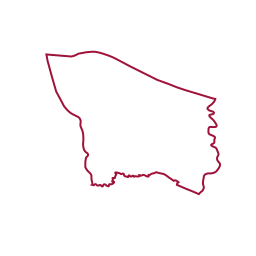 outline of Phu Tan, Cà Mau, Vietnam, rotated 106°
{"feature_id": "81297802B51702434363712", "entity_name": "Phu Tan", "entity_type": "district", "adm_level": 2, "iso_a3": "VNM", "parent_name": "Vietnam", "parent_adm1": "Cà Mau", "projection": "equal_earth", "projection_center": [104.939, 8.879], "detail": "fine", "context": "isolated", "style": "outline", "palette": "rose", "viewbox_px": 256, "rotation_deg": 106, "n_neighbors": 0, "source": "geoboundaries", "source_scale": "gbopen_adm2", "svg_char_len": 4843}
<svg xmlns="http://www.w3.org/2000/svg" viewBox="0 0 256 256"><g transform="rotate(106 128 128)"><path d="M167.4,39.0L166.7,38.9L165.2,38.6L163.9,38.8L163.1,39.3L160.9,40.6L158.6,41.2L155.9,41.4L154.1,41.7L153.1,41.7L152.3,41.5L151.6,41.2L151.2,40.9L150.7,40.3L150.0,39.3L149.5,38.3L148.7,35.5L147.4,33.1L146.2,31.8L145.4,31.2L143.6,30.4L140.8,29.5L139.6,29.3L138.7,29.3L137.4,29.6L136.9,29.9L136.4,30.5L135.6,31.7L134.8,32.7L134.1,33.4L132.9,34.0L132.0,34.1L130.9,34.1L129.0,33.7L128.1,33.8L127.4,34.2L125.0,36.0L123.7,37.1L123.1,37.7L122.9,38.1L122.7,38.7L122.5,40.0L122.3,41.6L122.1,42.5L121.9,42.9L121.6,43.3L121.3,43.4L121.0,43.3L120.2,42.7L119.5,41.8L118.9,41.3L118.5,41.1L118.1,41.1L117.7,41.1L116.5,41.5L115.4,41.8L114.3,41.7L113.4,41.7L112.9,41.9L112.6,42.2L112.4,42.6L112.2,43.5L112.1,44.0L111.9,45.0L111.7,47.5L111.4,48.3L111.1,48.7L110.5,49.2L109.7,49.6L107.7,50.1L106.4,50.4L105.2,50.2L104.7,49.9L104.4,49.4L104.1,48.5L103.7,46.6L103.1,44.7L102.7,43.9L102.3,43.6L102.0,43.4L101.5,43.4L100.9,43.6L100.3,44.0L98.6,45.9L97.1,47.8L96.6,48.6L95.7,50.5L94.9,52.0L94.2,53.0L93.6,53.2L93.1,53.3L92.9,53.1L92.5,52.6L91.6,50.8L91.2,50.1L90.8,49.7L90.2,49.6L89.6,49.6L89.2,50.0L88.9,50.6L88.8,51.6L88.8,53.8L88.7,54.8L88.5,55.4L88.2,56.0L87.8,56.7L87.4,57.0L87.0,57.0L86.5,56.9L85.7,56.7L84.9,56.2L83.9,55.4L82.1,54.0L79.9,52.9L78.3,52.3L76.8,52.1L76.0,52.1L76.2,55.1L75.8,83.4L75.4,92.2L74.6,100.1L73.7,113.1L70.9,128.2L68.1,143.3L64.6,159.8L64.1,163.0L63.7,167.0L63.4,174.5L63.5,177.3L63.8,180.5L64.4,183.0L66.7,189.0L70.1,195.9L73.4,199.6L74.9,202.2L79.8,226.7L85.3,224.0L99.0,215.7L112.7,207.1L123.2,196.9L124.1,196.1L125.2,194.8L126.7,192.5L127.9,190.6L128.8,188.6L129.5,187.1L130.0,184.9L130.3,183.6L130.7,181.2L131.0,179.7L131.2,178.7L131.6,177.8L131.9,177.3L132.2,177.1L133.0,176.2L134.3,175.4L135.8,175.1L137.3,174.8L138.6,174.5L139.7,173.9L141.8,172.2L143.2,171.1L144.7,170.2L146.8,169.2L149.2,168.4L151.0,167.8L152.8,167.4L155.7,166.8L157.7,166.1L158.9,165.5L160.4,164.7L161.4,163.9L162.2,162.9L162.9,161.7L163.4,160.2L163.6,159.8L163.9,159.5L164.5,159.1L165.1,159.0L165.9,159.0L167.1,159.7L167.7,160.0L168.4,160.2L169.6,160.0L172.1,159.7L175.1,158.9L176.8,158.4L177.6,158.1L178.3,157.4L179.2,156.4L180.3,155.0L181.5,152.8L182.0,151.9L182.5,151.2L183.0,150.6L183.5,150.2L185.0,149.7L187.3,149.0L188.1,148.6L190.4,147.3L191.8,146.7L192.4,146.6L192.5,146.7L192.5,146.2L192.6,145.9L192.6,145.7L192.5,145.3L192.4,145.1L192.1,144.9L191.2,144.3L191.0,144.1L191.0,143.7L191.0,143.4L191.0,143.1L191.5,142.1L191.7,141.8L191.7,141.4L191.7,141.1L191.6,140.8L190.6,139.4L190.4,138.9L190.4,138.7L190.9,137.8L191.2,137.3L191.3,137.0L191.3,136.8L191.2,136.5L191.0,136.3L190.9,136.2L190.1,136.1L189.4,136.0L188.9,135.6L188.7,135.3L188.6,134.9L188.6,134.5L188.8,133.9L189.5,132.0L189.5,131.5L189.5,131.1L189.4,130.8L189.3,130.6L189.1,130.5L188.8,130.5L188.0,130.5L187.7,130.6L187.4,130.5L187.2,130.4L187.1,130.1L186.8,128.9L186.5,128.2L186.1,127.7L185.2,126.9L184.5,126.5L184.1,126.4L183.9,126.4L183.7,126.5L183.5,126.9L183.5,127.1L183.7,127.6L183.8,127.8L183.9,128.1L183.8,128.3L183.7,128.5L183.2,128.5L182.9,128.4L182.6,128.2L182.4,128.2L182.1,128.2L181.8,128.3L180.7,128.9L180.5,129.0L180.3,128.9L180.1,128.6L179.9,127.3L179.9,127.1L179.7,126.9L179.4,126.8L178.7,126.9L177.5,126.9L176.5,126.7L176.1,126.5L175.9,126.5L175.6,126.6L174.9,127.7L174.7,127.9L174.3,127.8L174.3,127.7L174.2,127.5L174.0,127.2L173.9,126.6L173.9,125.8L173.8,123.9L173.8,123.5L173.9,123.1L174.1,122.4L174.2,121.9L174.1,121.7L174.0,121.4L173.4,120.7L173.2,120.3L173.2,119.9L173.3,119.5L173.5,119.3L174.7,118.6L175.0,118.2L175.2,117.8L175.2,117.4L175.2,116.6L175.1,116.1L175.1,115.5L175.2,114.7L174.9,114.2L174.6,114.2L174.4,114.2L173.7,114.3L173.5,114.2L173.3,114.0L173.2,113.7L173.3,113.4L173.4,113.2L173.7,112.8L173.8,112.4L173.9,111.9L173.8,111.6L173.5,111.1L173.3,110.8L172.7,110.5L172.5,110.2L172.5,109.6L173.0,109.3L173.1,109.0L173.1,108.7L172.9,108.5L172.6,108.1L172.4,107.9L172.3,107.5L172.3,107.0L171.8,104.8L171.6,104.3L171.3,104.0L171.2,103.8L171.0,103.7L170.8,103.7L170.2,104.1L170.1,103.6L170.1,103.2L170.2,102.6L170.2,102.3L170.0,101.9L169.7,101.5L169.3,101.1L169.0,100.8L168.8,100.3L168.8,99.7L168.9,98.4L169.3,96.4L169.4,96.1L169.3,95.9L169.2,95.5L168.9,94.9L167.5,95.2L167.5,94.7L167.3,94.4L167.0,94.0L166.4,93.6L165.4,92.5L165.0,92.0L164.8,91.6L164.6,91.2L164.6,90.9L164.5,90.7L162.8,88.8L162.7,85.3L162.5,82.7L162.5,82.2L162.4,81.7L162.4,80.8L162.7,79.5L163.1,78.3L163.7,76.5L164.2,75.3L165.2,72.2L166.2,69.5L165.9,69.2L165.6,68.9L165.4,68.6L165.3,68.1L165.3,67.5L165.4,66.7L165.7,65.7L166.2,64.5L167.2,65.3L167.6,65.4L168.7,65.4L169.2,65.3L169.4,63.4L169.9,59.6L170.4,55.7L170.9,50.9L171.2,48.0L171.7,44.1L172.0,42.1L172.0,41.6L171.8,41.5L170.7,41.1L169.6,40.4L168.6,39.7L167.7,39.1L167.4,39.0Z" fill="none" stroke="#9f1239" stroke-width="2"/></g></svg>